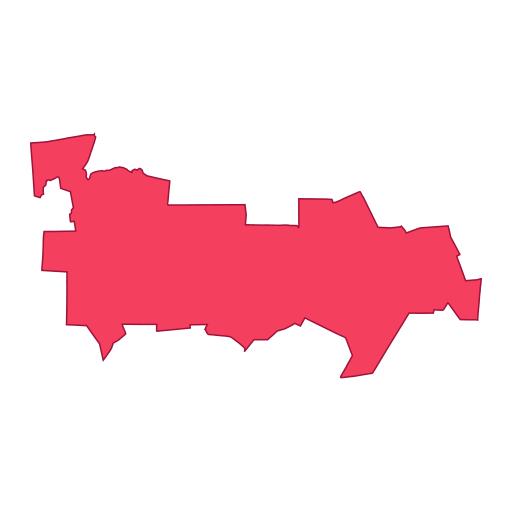 Amzacea, Constanta, Romania (Albers equal-area conic projection)
{"feature_id": "2599482B28238264431370", "entity_name": "Amzacea", "entity_type": "district", "adm_level": 2, "iso_a3": "ROU", "parent_name": "Romania", "parent_adm1": "Constanta", "projection": "albers", "projection_center": [28.34, 43.96], "detail": "fine", "context": "isolated", "style": "filled", "palette": "rose", "viewbox_px": 512, "rotation_deg": 0, "n_neighbors": 0, "source": "geoboundaries", "source_scale": "gbopen_adm2", "svg_char_len": 5294}
<svg xmlns="http://www.w3.org/2000/svg" viewBox="0 0 512 512"><path d="M370.9,373.5L370.9,373.4L372.5,373.1L373.1,372.2L376.7,366.3L383.7,354.6L391.4,341.9L392.8,339.6L403.7,321.9L406.0,318.1L409.1,313.1L421.7,313.2L433.3,313.1L434.1,309.7L435.1,309.9L441.1,310.2L442.5,310.3L443.0,310.1L443.6,309.6L444.6,308.0L446.2,305.5L447.7,303.0L448.3,303.2L450.2,305.8L452.9,309.5L456.6,314.7L458.6,317.4L460.2,319.6L460.3,319.6L469.4,319.8L474.7,319.8L477.5,319.9L477.7,320.0L477.7,319.7L477.7,318.7L477.8,317.4L478.0,313.9L478.3,311.0L478.6,307.3L479.0,303.5L479.0,303.4L479.1,301.7L479.6,295.0L480.1,290.9L480.2,288.9L480.2,288.1L480.7,284.7L480.9,283.3L481.0,281.2L481.3,279.0L481.2,278.7L479.1,279.2L477.1,279.8L471.8,280.2L469.4,280.4L465.6,280.7L462.9,273.1L460.1,265.5L458.1,260.1L456.6,256.2L459.5,254.8L459.8,254.5L459.9,254.4L456.6,248.2L453.3,241.9L453.2,241.9L450.7,237.2L450.6,236.8L449.2,230.4L448.1,225.9L423.3,227.7L420.7,227.9L418.9,228.3L418.1,228.6L406.2,233.0L405.4,231.1L404.7,230.1L401.3,226.1L400.5,226.8L394.1,227.5L390.7,227.9L378.0,227.3L363.2,197.0L362.8,196.8L360.5,192.3L360.4,192.1L360.3,191.9L359.9,191.8L359.5,191.8L359.0,191.9L358.1,192.3L356.8,192.9L354.4,193.9L344.2,198.4L341.9,199.5L339.7,200.6L335.7,202.2L334.4,202.4L333.8,202.5L333.3,202.6L332.9,202.7L332.9,202.4L332.7,201.8L332.1,199.8L331.9,199.4L327.6,199.2L327.0,199.1L318.0,199.0L311.6,198.9L309.2,198.9L298.8,198.8L298.7,198.8L298.8,199.7L298.9,202.3L298.9,202.9L298.8,203.0L298.9,227.1L298.7,227.4L297.4,226.2L297.0,225.6L288.4,225.4L288.2,225.1L282.8,225.1L280.1,225.3L277.0,225.3L274.5,225.2L269.2,225.1L266.5,225.0L263.2,225.1L259.9,225.1L257.3,225.0L254.1,225.0L254.0,224.9L245.4,224.8L246.2,214.8L245.0,205.1L245.0,204.7L244.9,204.7L199.8,204.9L199.3,204.9L185.6,205.0L172.0,205.0L170.1,205.0L168.8,205.0L168.4,205.1L168.0,204.8L167.7,204.3L167.6,203.6L167.6,203.2L167.9,201.5L168.7,192.6L169.8,181.0L169.7,180.9L154.6,177.6L150.5,176.6L147.3,175.9L147.2,175.9L143.4,173.4L143.0,173.0L142.8,172.3L142.5,171.1L142.1,170.2L141.5,169.4L141.4,169.3L140.3,168.7L139.5,168.4L139.4,168.4L138.4,169.0L137.4,170.1L136.1,169.7L134.8,169.2L133.2,170.1L132.1,170.6L132.0,172.4L131.1,172.2L129.6,171.3L128.3,170.9L127.7,170.3L127.0,169.5L126.1,168.9L124.3,168.2L123.3,167.6L121.6,167.4L120.6,167.2L119.5,166.9L118.7,167.2L118.4,167.4L116.9,167.7L115.9,167.5L115.3,167.7L113.4,168.4L111.0,169.6L109.4,170.3L109.0,170.3L106.3,170.3L104.7,171.1L103.9,171.2L102.8,170.8L102.0,170.7L101.9,170.7L100.6,170.8L99.5,171.1L98.6,171.1L95.6,171.8L93.5,172.5L92.7,172.8L91.0,173.9L90.6,174.6L90.0,176.5L89.7,178.2L89.0,178.9L88.1,179.7L87.7,179.2L87.3,178.7L86.6,177.9L86.3,177.1L86.1,176.5L86.2,175.9L86.4,175.2L86.4,174.2L86.3,173.5L86.2,172.5L85.9,171.8L85.6,170.9L85.7,170.4L85.3,170.2L84.1,169.5L82.9,168.9L82.6,168.8L83.4,167.8L85.2,165.3L85.7,164.6L86.4,163.5L87.4,161.8L88.4,159.7L88.7,158.7L90.1,154.7L90.7,152.6L91.4,150.8L92.9,146.2L94.1,142.9L94.9,140.0L95.6,137.4L95.7,137.0L94.8,136.1L94.4,135.7L94.4,135.3L94.4,134.3L94.1,134.7L93.5,134.7L91.5,134.8L89.8,134.8L88.0,134.8L86.1,134.9L84.9,135.0L77.5,136.4L70.1,137.6L67.2,138.1L64.1,138.8L61.7,139.2L57.7,139.9L57.7,140.0L55.7,140.3L53.4,140.7L51.9,140.9L47.5,141.7L43.9,142.1L36.5,142.6L30.7,143.0L31.1,148.9L31.1,149.0L31.5,154.1L33.0,173.4L33.0,173.5L33.3,178.2L34.4,195.2L34.5,195.9L40.0,197.6L41.8,194.7L43.5,194.2L43.2,190.3L43.2,188.3L43.5,187.2L44.5,186.2L45.5,185.5L45.8,185.0L45.9,183.2L46.2,182.6L46.4,181.8L46.6,180.5L46.9,180.6L47.4,180.5L48.6,179.8L49.1,179.7L49.7,180.3L50.1,180.5L50.4,180.5L51.1,180.1L54.2,178.8L55.7,178.0L56.6,177.3L57.5,177.1L58.6,177.0L58.8,177.4L59.1,178.1L59.6,179.6L60.7,188.3L62.6,189.0L67.3,190.6L70.4,191.7L72.5,203.0L73.4,207.8L71.5,209.9L71.4,213.2L69.7,214.2L69.8,216.0L70.4,221.3L70.8,221.9L74.2,221.3L75.0,226.2L75.7,231.1L69.4,231.2L63.1,231.3L52.6,231.5L48.5,231.5L44.1,231.5L43.4,237.6L43.2,246.7L42.9,255.3L41.9,269.3L41.9,270.4L67.0,271.9L66.9,285.1L67.0,285.4L66.9,301.9L66.8,310.0L66.5,324.7L75.9,325.1L85.3,325.6L86.5,325.5L92.9,334.6L99.4,343.6L99.6,344.0L101.9,354.2L103.2,360.2L106.1,356.3L108.6,352.7L110.3,350.3L111.3,348.5L112.2,346.2L113.1,343.4L113.5,342.9L114.5,342.4L116.8,341.1L118.6,340.0L125.2,334.4L125.4,334.3L125.6,333.9L125.7,333.7L125.5,332.8L123.1,327.1L122.2,324.6L122.3,324.4L122.9,324.2L142.8,324.4L152.4,324.4L156.7,324.4L156.6,330.4L156.7,331.1L156.8,331.2L190.2,328.0L190.1,324.8L207.3,324.5L206.9,325.3L206.1,326.9L205.7,327.4L205.5,328.4L205.0,329.2L205.6,329.2L205.5,329.5L206.0,331.0L206.8,332.6L207.8,334.0L208.5,334.4L209.3,334.6L211.9,334.7L215.6,335.1L220.3,335.6L225.1,336.0L228.9,336.5L230.3,336.8L231.1,337.1L234.5,339.6L239.0,343.0L241.4,345.1L244.0,347.4L244.5,348.0L244.9,348.9L244.8,349.9L244.6,350.9L244.3,351.7L254.0,339.7L262.0,339.7L267.6,339.7L273.2,334.8L276.0,332.1L277.2,331.1L277.3,331.0L284.9,328.8L286.1,328.2L293.3,324.5L294.4,323.3L300.2,325.9L300.4,326.0L304.6,318.4L304.9,317.9L331.0,330.8L338.0,334.2L345.0,337.4L345.7,338.2L346.1,338.9L347.4,342.4L348.6,345.6L350.4,350.3L350.6,351.0L351.1,352.2L352.3,355.3L352.2,355.7L352.2,356.0L352.0,356.4L350.4,359.3L348.2,363.2L346.8,365.8L346.6,366.3L344.0,370.8L340.8,376.4L340.7,376.9L340.8,377.5L341.1,377.7L354.3,376.2L369.1,373.7L370.9,373.5Z" fill="#f43f5e" stroke="#9f1239" stroke-width="1.5"/></svg>